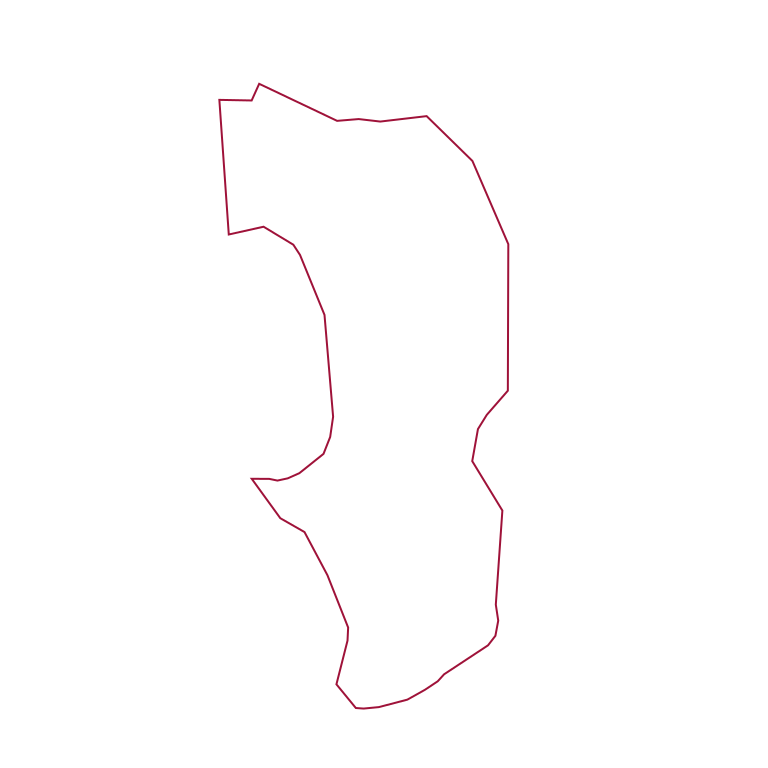 Dobrova-Polhov Gradec, Natural Earth projection, rotated 80°
{"feature_id": "SVN-204", "entity_name": "Dobrova-Polhov Gradec", "entity_type": "Municipality", "adm_level": 1, "iso_a3": "SVN", "parent_name": "Slovenia", "parent_adm1": "", "projection": "natural_earth1", "projection_center": [14.336, 46.06], "detail": "fine", "context": "isolated", "style": "outline", "palette": "rose", "viewbox_px": 768, "rotation_deg": 80, "n_neighbors": 0, "source": "natural_earth", "source_scale": "10m", "svg_char_len": 702}
<svg xmlns="http://www.w3.org/2000/svg" viewBox="0 0 768 768"><g transform="rotate(80 384 384)"><path d="M671.5,483.0L630.4,464.5L617.6,461.6L562.5,472.9L516.0,488.0L498.2,509.4L454.4,530.7L457.5,513.5L460.6,505.7L460.2,495.2L457.1,482.8L442.3,455.7L426.8,446.2L407.4,439.8L305.6,430.6L242.3,444.3L231.1,449.1L208.2,475.3L209.8,510.9L75.6,496.8L81.8,465.1L66.7,454.8L116.7,384.5L118.7,362.9L124.9,342.1L127.6,295.5L179.7,258.2L267.9,237.3L412.1,263.2L432.2,288.1L444.7,299.3L475.3,310.5L529.2,289.4L620.7,312.2L636.9,312.6L651.3,318.0L659.4,326.9L680.3,375.2L686.1,382.7L692.3,396.9L698.9,415.8L701.3,445.2L700.1,460.4L698.2,468.0L671.5,483.0Z" fill="none" stroke="#9f1239" stroke-width="2"/></g></svg>